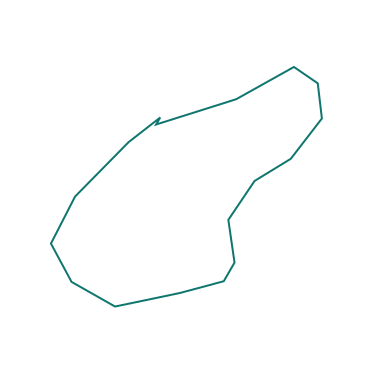 Šuto Orizari, Equal Earth projection, rotated 255°
{"feature_id": "MKD-5883", "entity_name": "Šuto Orizari", "entity_type": "Municipality", "adm_level": 1, "iso_a3": "MKD", "parent_name": "North Macedonia", "parent_adm1": "", "projection": "equal_earth", "projection_center": [21.409, 42.03], "detail": "fine", "context": "isolated", "style": "outline", "palette": "teal", "viewbox_px": 384, "rotation_deg": 255, "n_neighbors": 0, "source": "natural_earth", "source_scale": "10m", "svg_char_len": 376}
<svg xmlns="http://www.w3.org/2000/svg" viewBox="0 0 384 384"><g transform="rotate(255 192 192)"><path d="M272.2,180.6L266.5,174.8L270.2,258.7L286.4,322.8L264.4,341.6L229.4,336.5L198.5,296.0L186.5,255.3L155.7,219.9L112.8,214.8L97.6,199.6L97.6,154.0L101.3,88.0L136.3,52.4L178.7,42.4L217.9,77.9L256.6,143.7L272.2,180.6Z" fill="none" stroke="#0f766e" stroke-width="2"/></g></svg>